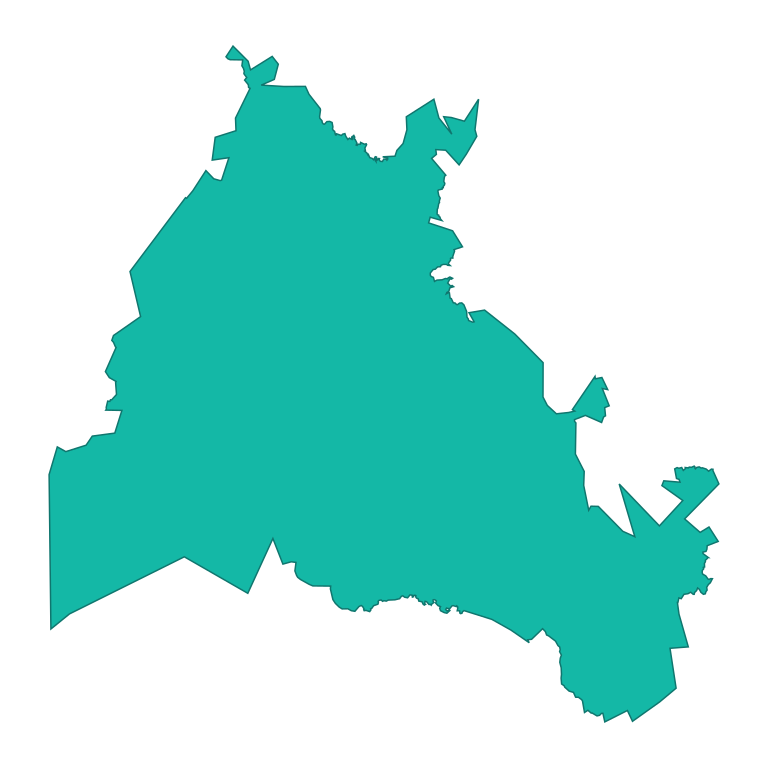 Guanaceví, Durango, Mexico (orthographic projection)
{"feature_id": "50627088B82205193577486", "entity_name": "Guanaceví", "entity_type": "district", "adm_level": 2, "iso_a3": "MEX", "parent_name": "Mexico", "parent_adm1": "Durango", "projection": "orthographic", "projection_center": [-105.88, 26.044], "detail": "fine", "context": "isolated", "style": "filled", "palette": "teal", "viewbox_px": 768, "rotation_deg": 0, "n_neighbors": 0, "source": "geoboundaries", "source_scale": "gbopen_adm2", "svg_char_len": 6098}
<svg xmlns="http://www.w3.org/2000/svg" viewBox="0 0 768 768"><path d="M69.5,613.9L184.3,556.8L247.8,593.3L272.9,538.5L282.9,564.1L291.2,561.8L296.0,562.4L294.9,570.9L296.6,575.5L297.7,577.3L300.5,579.5L309.1,584.3L312.8,585.9L330.7,586.1L330.4,588.9L332.9,599.6L335.4,603.4L339.2,607.1L342.1,608.9L347.9,608.8L351.3,610.7L354.9,611.3L359.0,606.5L361.2,605.5L362.6,606.5L364.1,609.1L363.7,609.7L364.2,610.7L366.0,610.4L369.7,611.6L370.9,609.9L370.6,608.8L371.9,608.2L373.6,605.7L377.9,604.2L378.4,602.7L378.1,601.4L379.0,600.4L381.1,600.0L382.6,601.3L383.9,600.7L386.3,601.1L388.3,600.1L394.9,599.8L399.6,598.7L401.4,596.3L402.8,595.8L404.6,597.2L407.6,597.8L410.0,594.9L412.1,595.2L412.4,597.1L413.6,596.7L413.5,595.5L414.9,595.2L415.9,595.6L415.7,596.8L416.5,598.1L418.2,598.8L418.8,601.1L422.0,601.8L423.1,604.2L424.3,605.1L425.5,604.3L424.6,603.8L425.1,601.3L426.6,601.7L429.0,604.5L430.5,604.4L431.2,605.2L432.1,603.7L434.0,602.5L433.0,601.0L433.1,599.9L434.1,599.6L435.6,600.2L436.3,601.0L435.7,603.1L438.1,605.7L440.5,606.6L439.7,608.3L440.5,610.7L444.2,612.6L446.9,613.2L449.9,610.5L449.4,609.9L447.0,610.9L445.7,609.6L446.5,608.1L449.6,608.8L452.0,605.9L453.1,605.6L456.4,606.6L456.7,605.9L457.6,606.6L457.8,608.0L457.2,610.8L459.6,610.8L459.9,613.1L460.5,613.6L461.9,613.3L462.6,611.7L464.0,610.6L491.9,619.4L510.8,630.0L529.2,642.7L527.7,639.8L531.6,639.3L542.6,628.7L545.4,631.6L546.6,635.0L548.5,635.8L555.5,641.1L558.0,645.6L559.7,647.0L560.2,649.7L559.6,651.6L561.4,655.1L560.3,658.1L559.8,662.3L561.2,667.8L561.5,674.4L561.1,678.1L561.6,684.0L564.2,685.8L564.7,687.1L569.1,691.1L573.5,692.4L575.6,697.2L578.5,697.3L581.7,699.7L582.5,701.0L584.5,712.5L587.9,710.3L591.2,713.1L592.1,713.0L597.0,715.9L599.6,715.3L601.4,713.4L602.9,713.3L604.8,721.9L627.4,710.5L632.5,721.3L659.7,701.9L676.1,688.2L670.0,648.3L688.3,646.9L679.0,614.2L677.4,602.5L677.9,602.5L678.9,597.9L681.2,598.7L684.0,594.3L688.0,593.7L690.7,592.2L693.2,594.3L694.2,594.3L694.6,592.5L696.6,590.6L697.6,588.0L699.4,589.4L700.9,592.3L703.4,594.3L705.3,593.8L705.9,591.7L707.1,590.1L706.7,587.3L708.4,584.5L710.3,582.8L712.4,578.7L710.7,578.6L709.0,579.4L708.0,579.0L705.7,575.8L702.8,574.2L702.2,572.8L702.3,570.5L703.7,568.8L703.3,567.4L704.6,567.0L704.4,563.5L705.4,561.7L705.4,560.2L707.3,558.5L707.5,557.6L708.4,557.6L703.0,553.6L702.9,552.1L706.0,551.4L706.9,549.2L707.2,545.7L718.2,541.4L709.0,527.0L700.1,532.4L684.6,518.9L718.9,483.9L712.9,470.5L713.0,469.3L711.4,469.1L708.6,471.2L706.3,469.1L702.4,467.8L701.1,468.0L699.2,466.9L696.8,467.4L695.4,468.8L694.9,468.2L694.9,466.8L694.2,466.1L691.5,467.3L689.2,467.1L688.4,467.9L685.2,467.5L685.4,468.6L683.3,470.4L681.7,467.5L678.9,468.3L677.1,467.6L674.7,468.9L676.5,478.5L679.1,479.4L680.0,482.2L663.8,480.8L661.9,485.6L682.8,500.5L659.4,525.9L619.2,484.0L634.8,536.7L622.8,531.3L598.3,506.4L591.0,506.2L588.7,510.2L583.7,485.4L584.2,471.4L575.4,454.1L575.9,422.9L574.6,421.4L574.5,419.6L585.4,415.4L601.6,422.5L603.6,417.0L605.5,415.8L604.7,407.6L609.2,405.8L602.3,388.5L607.7,389.6L601.9,377.5L595.3,378.8L595.0,376.4L572.4,409.6L574.7,411.1L568.6,412.5L556.4,413.8L547.3,405.4L543.0,397.0L543.1,362.7L514.9,334.1L484.6,310.1L469.0,312.7L474.1,321.8L472.7,322.2L468.6,320.5L468.3,319.0L467.0,317.1L466.6,311.4L463.9,304.8L461.8,302.9L459.5,303.1L457.6,304.6L456.5,304.5L455.1,303.0L453.3,302.8L451.3,298.6L450.1,298.1L449.4,292.8L448.5,292.6L446.3,293.8L446.8,292.5L448.8,291.4L449.9,287.8L453.6,286.7L452.1,285.5L450.7,286.1L447.7,283.1L449.8,279.0L451.6,279.1L452.6,278.3L449.9,277.0L448.1,277.9L447.6,278.8L445.4,278.5L442.1,279.8L437.0,280.1L434.5,281.4L433.4,277.4L431.2,276.5L430.3,275.2L430.3,273.0L433.2,269.5L435.3,269.2L437.6,266.9L440.5,266.7L441.0,265.3L443.2,264.4L446.4,264.4L447.7,265.3L450.1,265.5L448.7,264.2L448.4,263.1L450.6,260.1L450.5,258.5L451.1,258.0L452.8,258.1L452.8,256.4L454.6,251.0L454.0,249.6L462.5,246.8L452.6,230.8L428.6,222.9L430.2,217.2L441.8,220.5L440.5,219.0L439.9,217.0L439.0,216.5L438.7,215.1L437.4,214.7L437.1,213.9L437.3,209.1L437.9,208.2L438.7,203.6L439.5,202.6L439.3,201.2L440.2,198.1L438.8,195.7L437.9,191.1L438.3,190.0L442.2,189.1L442.3,187.8L443.3,187.7L443.2,186.6L444.5,184.9L444.8,183.3L443.8,181.5L444.3,177.5L444.9,175.8L445.8,175.2L431.6,158.4L436.4,154.4L435.8,149.6L445.7,150.2L459.1,164.9L466.3,154.2L476.8,136.3L475.0,129.7L478.6,99.2L464.4,121.2L451.3,117.5L443.7,116.7L451.8,134.2L438.9,118.0L433.9,99.2L406.3,116.8L406.9,129.7L403.1,143.5L396.9,150.4L395.0,156.2L382.7,156.8L387.7,158.1L387.7,159.2L386.9,160.2L386.3,159.3L383.8,159.1L382.4,161.5L380.3,161.3L379.1,159.9L379.5,158.6L378.4,158.5L376.9,160.4L375.7,160.1L375.9,161.4L375.2,160.5L375.2,159.3L376.7,158.7L376.5,157.0L375.3,156.7L373.5,159.7L372.2,158.4L369.7,157.6L368.4,154.5L368.0,155.0L366.9,153.0L364.6,151.1L365.4,150.7L364.9,148.0L366.6,144.7L366.2,143.8L364.4,144.2L360.6,142.4L360.4,144.2L358.1,144.2L357.1,145.4L356.2,145.1L356.9,143.0L355.2,139.6L354.4,139.3L354.7,137.1L353.8,135.4L352.4,136.6L352.9,137.5L352.5,138.9L351.7,137.6L351.3,139.2L349.4,138.1L347.9,139.5L345.8,136.3L344.9,133.6L342.6,134.2L341.4,135.5L336.6,133.8L336.1,135.0L335.5,134.9L334.6,131.3L333.4,130.5L332.5,129.0L332.9,126.9L332.1,122.5L329.7,121.4L326.9,121.6L324.5,124.2L323.5,124.1L322.3,122.7L322.0,120.8L319.8,118.3L319.6,116.5L320.5,110.0L320.2,108.6L309.0,94.3L305.4,86.4L284.0,86.5L261.2,85.1L274.3,79.4L278.3,64.2L272.2,56.4L250.5,69.9L248.1,61.2L233.0,46.1L226.0,56.8L227.9,58.8L230.1,59.7L242.7,59.9L241.9,65.8L243.4,68.3L244.3,71.3L243.9,73.4L244.2,74.2L246.7,77.5L244.6,80.1L248.3,84.7L248.6,87.5L250.1,88.3L235.5,118.1L236.0,130.7L215.2,137.3L212.2,160.1L228.9,157.7L221.6,180.2L220.1,180.6L213.8,178.8L205.9,170.6L192.8,190.8L186.6,198.3L185.5,197.7L130.0,271.5L140.6,316.6L113.5,335.5L111.8,340.4L113.5,342.3L115.4,346.8L116.1,347.4L105.4,371.6L109.3,377.6L116.1,381.5L115.6,382.5L116.5,394.5L111.7,399.8L110.5,399.8L109.8,401.4L107.7,401.1L106.2,407.4L106.4,409.2L105.8,410.1L121.9,410.4L114.8,433.1L92.3,436.1L86.1,445.2L65.8,451.6L57.3,446.9L49.1,474.6L50.9,629.0L69.5,613.9Z" fill="#14b8a6" stroke="#0f766e" stroke-width="1.5"/></svg>